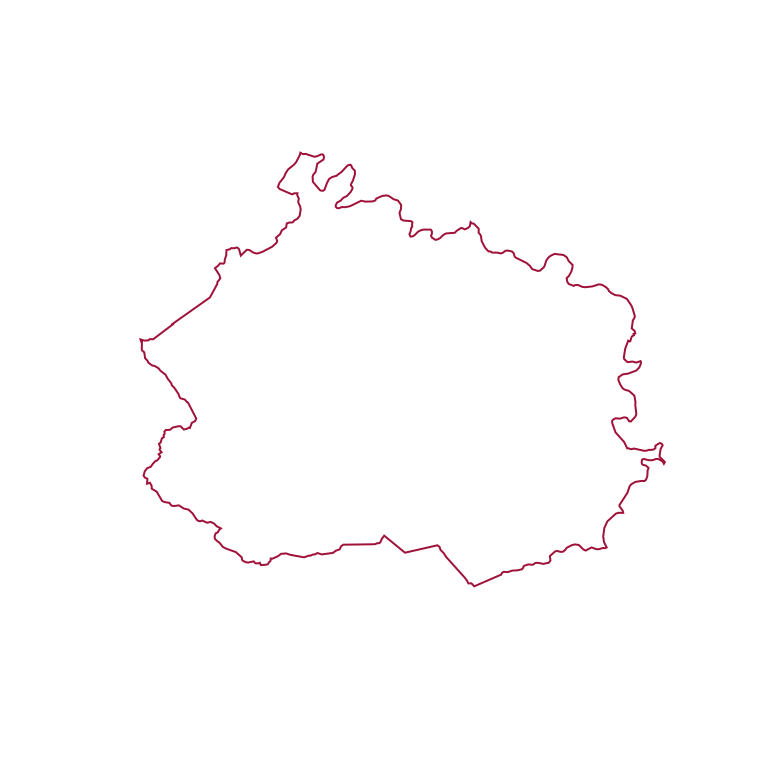 Iffou, N'zi-Comoé, Ivory Coast (Mercator projection), rotated 334°
{"feature_id": "98640826B12556457947993", "entity_name": "Iffou", "entity_type": "district", "adm_level": 2, "iso_a3": "CIV", "parent_name": "Ivory Coast", "parent_adm1": "N'zi-Comoé", "projection": "mercator", "projection_center": [-4.013, 7.499], "detail": "fine", "context": "isolated", "style": "outline", "palette": "rose", "viewbox_px": 768, "rotation_deg": 334, "n_neighbors": 0, "source": "geoboundaries", "source_scale": "gbopen_adm2", "svg_char_len": 6166}
<svg xmlns="http://www.w3.org/2000/svg" viewBox="0 0 768 768"><g transform="rotate(334 384 384)"><path d="M133.3,391.8L134.7,393.6L139.1,396.9L139.4,399.4L140.0,400.4L141.7,401.6L146.5,403.2L149.4,408.1L153.3,411.3L155.2,416.4L156.2,424.0L157.4,426.0L159.0,426.9L160.8,427.0L164.0,431.0L167.9,432.1L170.2,435.2L171.3,438.6L174.1,442.3L172.1,442.8L169.6,444.4L167.2,444.5L165.0,446.6L164.2,448.8L164.8,451.2L166.7,454.9L167.7,459.7L169.8,462.6L177.2,470.2L180.1,477.3L179.4,480.0L179.7,481.0L181.5,483.5L183.8,485.0L189.1,486.3L189.7,488.7L192.8,490.3L194.0,490.3L194.0,492.8L198.9,494.8L200.7,495.0L202.7,493.7L204.3,493.4L205.7,491.2L207.1,492.1L213.4,492.3L217.0,491.5L221.8,493.4L224.8,496.4L236.1,504.7L241.7,505.4L242.3,506.0L245.6,506.1L247.0,506.9L250.0,506.7L253.4,509.9L263.4,513.2L264.6,513.4L267.4,512.7L271.6,513.2L274.4,511.0L277.0,510.6L304.2,523.4L306.0,524.1L308.1,524.1L309.9,525.0L311.1,524.8L314.4,522.1L317.7,520.4L328.9,544.8L361.3,552.4L362.5,554.7L362.1,557.9L363.6,562.5L364.0,566.5L371.6,593.1L372.4,596.8L372.4,600.2L375.2,601.5L376.4,605.4L405.8,606.7L407.1,605.5L409.3,605.3L412.7,607.3L417.4,607.9L422.3,610.0L426.8,611.0L428.7,610.1L429.6,609.0L430.8,608.9L434.5,609.4L438.5,611.7L441.7,611.2L444.1,612.3L448.3,615.5L453.8,616.9L456.3,615.5L457.6,611.4L464.4,609.5L466.3,609.9L469.3,612.4L471.4,613.2L474.4,612.5L476.4,611.3L482.2,611.2L485.1,611.8L488.5,614.0L490.6,620.0L492.2,622.1L498.9,621.9L502.6,625.7L505.2,626.8L508.7,627.3L510.7,628.5L512.5,628.5L512.4,622.5L514.2,617.1L518.9,610.0L524.5,605.4L535.4,602.2L538.2,602.5L542.5,604.7L543.0,602.6L542.0,596.9L542.9,595.8L555.1,588.5L559.9,583.6L562.3,582.5L567.0,582.2L573.0,584.0L575.6,585.4L577.7,584.8L580.4,582.1L583.0,577.3L585.0,575.4L583.7,572.2L581.2,570.1L580.9,569.1L581.0,567.8L582.5,565.4L583.6,565.0L584.8,565.4L588.5,568.5L591.9,570.2L595.5,570.6L597.6,571.5L600.5,575.8L600.6,578.4L602.2,577.3L599.9,570.3L600.1,569.5L604.1,563.7L607.6,561.2L607.4,559.4L605.9,557.9L601.3,558.4L600.6,558.7L600.0,560.5L598.1,561.1L595.0,560.3L593.4,559.3L590.5,559.0L588.3,557.9L580.4,551.6L577.6,551.0L575.3,548.8L574.4,548.5L574.4,541.3L570.9,529.0L571.9,519.7L572.6,517.6L573.8,516.5L577.0,516.3L580.9,518.6L584.6,519.1L586.5,520.0L587.5,521.1L588.0,525.0L589.4,525.9L595.5,523.6L597.6,521.7L600.7,512.9L602.2,510.3L603.9,504.2L601.3,497.8L597.7,494.4L596.6,492.4L596.1,487.9L596.4,483.1L597.9,480.7L602.7,480.0L608.1,481.7L616.6,482.5L620.8,481.0L623.5,478.6L624.7,476.7L624.6,475.9L620.1,475.3L617.1,472.7L612.9,471.3L612.2,470.6L610.8,466.9L611.1,465.4L616.2,458.1L622.5,452.1L623.4,453.4L624.1,453.5L627.0,450.4L628.0,449.8L630.0,449.8L630.2,448.4L632.1,448.6L632.5,446.0L631.0,442.7L635.6,435.9L638.1,434.4L639.2,432.9L640.6,424.6L640.7,421.6L639.6,414.0L635.1,408.2L630.8,405.5L628.3,402.1L626.9,399.0L627.0,397.3L626.1,394.5L623.3,390.3L620.7,388.6L613.9,387.6L607.0,385.1L604.9,383.7L601.6,379.9L598.7,378.8L597.5,379.0L593.9,375.0L593.5,372.6L594.6,368.9L597.5,368.0L601.5,365.2L604.1,362.4L605.7,359.8L603.9,354.4L603.8,350.2L601.9,346.7L594.2,341.8L590.0,341.8L587.5,342.3L584.2,344.0L579.6,348.7L578.5,349.2L574.0,350.5L571.9,349.9L567.6,345.7L566.9,341.6L565.1,337.6L557.9,328.3L557.3,326.7L557.9,323.2L557.1,321.0L553.7,318.3L551.5,317.5L548.3,318.1L546.3,317.9L543.6,315.7L538.8,313.3L538.0,311.8L536.0,310.5L534.6,305.8L534.4,298.4L536.0,293.6L536.0,291.5L535.3,289.7L537.2,285.9L534.9,279.1L533.4,278.2L532.8,276.5L530.3,279.8L528.3,280.5L525.5,280.5L524.5,280.5L522.3,277.8L521.4,277.6L516.8,278.1L513.8,279.1L505.8,275.9L502.7,276.0L498.5,277.4L495.8,277.6L493.3,276.9L491.2,273.3L491.3,271.3L492.9,270.0L494.0,267.7L493.8,265.9L493.2,265.5L487.3,262.6L484.8,262.0L481.6,262.0L476.4,263.7L474.5,263.9L472.4,263.1L472.5,260.5L474.7,258.6L476.8,255.7L478.3,255.1L479.2,252.8L480.5,251.1L479.7,249.5L473.0,245.5L471.5,243.3L472.9,237.1L476.0,234.1L477.9,230.6L477.0,225.3L473.6,222.1L470.9,217.3L469.0,215.6L464.8,214.2L458.4,213.9L456.7,215.2L453.7,214.9L447.0,211.8L443.9,209.3L431.4,209.3L426.6,208.1L423.8,206.5L420.4,206.2L419.0,205.4L418.3,203.5L419.0,202.1L421.3,200.4L425.3,200.2L429.1,198.8L432.9,198.8L438.0,196.9L441.3,194.7L441.9,193.3L441.3,191.0L441.7,190.2L445.3,187.5L449.9,182.7L451.3,179.4L450.1,175.6L450.4,173.2L449.8,172.1L447.0,171.6L438.8,174.8L432.2,176.0L428.1,175.2L424.5,175.7L420.9,178.3L415.6,183.4L413.9,183.6L412.3,182.7L411.4,181.7L408.7,171.1L410.8,166.2L412.3,164.8L415.4,163.5L420.7,156.7L428.1,155.7L429.6,153.6L429.9,151.5L429.2,150.5L427.5,150.0L424.0,150.0L421.1,149.3L414.4,142.8L411.9,141.8L410.2,139.5L408.8,141.2L402.3,146.1L399.0,147.5L392.1,149.0L388.2,151.3L384.8,154.2L378.2,157.4L375.0,160.3L375.7,163.0L384.0,172.7L384.9,173.4L386.7,173.2L389.8,174.6L388.8,176.2L388.7,180.1L387.0,182.1L386.5,183.9L386.5,187.4L385.7,190.5L382.0,195.8L378.7,197.5L375.3,197.6L372.7,198.7L369.4,197.3L367.0,197.1L364.6,200.4L359.5,201.1L356.3,203.8L351.1,205.1L350.7,208.7L349.0,210.1L343.6,211.6L333.1,211.9L328.4,211.4L326.4,210.7L324.0,208.4L321.7,204.5L319.5,203.2L311.6,205.8L312.8,199.4L312.2,197.4L311.1,196.6L309.3,196.5L306.2,194.9L304.6,195.3L301.1,194.6L298.6,199.2L295.5,202.3L294.0,204.9L292.6,205.5L289.4,203.7L286.7,205.0L282.8,205.8L283.8,214.0L283.2,217.3L278.9,219.4L278.0,221.0L265.5,229.9L220.2,237.3L220.5,237.8L196.1,242.6L193.3,241.0L191.4,241.5L187.7,240.0L184.7,237.2L184.3,239.6L185.0,239.9L181.4,246.8L181.3,247.8L182.4,250.5L180.6,256.1L181.6,259.3L181.6,261.7L183.9,265.9L185.7,267.1L188.3,271.2L188.9,274.2L191.7,279.7L191.9,284.3L193.1,290.0L192.7,292.2L193.8,295.1L194.9,302.8L194.5,306.6L194.8,307.6L198.2,310.7L198.9,313.6L199.7,314.8L200.1,332.7L198.1,334.5L194.2,334.7L190.3,338.4L189.5,337.6L187.1,337.9L184.1,337.1L182.7,332.9L180.9,331.9L175.0,330.5L171.8,331.4L167.6,329.7L167.0,330.0L165.8,330.5L165.0,332.6L163.3,333.6L162.8,335.3L160.5,335.5L157.6,338.7L155.5,339.1L155.0,343.6L153.7,344.3L153.5,345.2L154.2,347.8L150.7,348.3L151.1,350.8L150.6,351.5L146.5,353.3L145.0,353.0L141.4,354.3L137.9,356.2L134.4,355.8L130.7,357.6L127.7,361.0L128.1,363.3L129.8,365.5L127.3,369.7L130.3,370.1L130.5,373.8L129.3,376.3L132.5,381.1L133.3,391.8Z" fill="none" stroke="#9f1239" stroke-width="2"/></g></svg>